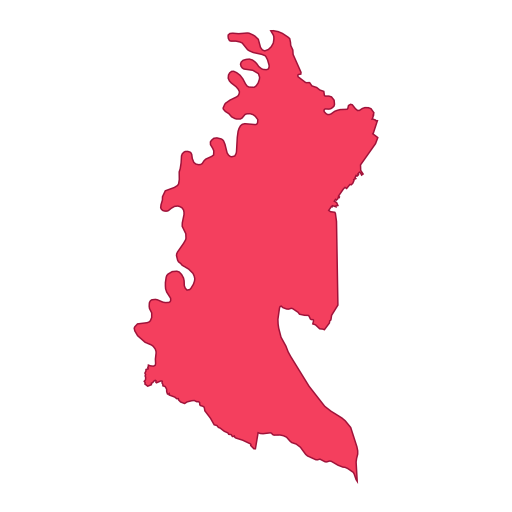 outline of Villa Rica, Valle del Cauca, Colombia
{"feature_id": "7082276B61573549340712", "entity_name": "Villa Rica", "entity_type": "district", "adm_level": 2, "iso_a3": "COL", "parent_name": "Colombia", "parent_adm1": "Valle del Cauca", "projection": "albers", "projection_center": [-76.465, 3.182], "detail": "fine", "context": "isolated", "style": "filled", "palette": "rose", "viewbox_px": 512, "rotation_deg": 0, "n_neighbors": 0, "source": "geoboundaries", "source_scale": "gbopen_adm2", "svg_char_len": 6029}
<svg xmlns="http://www.w3.org/2000/svg" viewBox="0 0 512 512"><path d="M360.5,164.9L375.5,143.7L377.8,137.6L372.8,133.8L373.4,132.9L377.4,120.7L375.6,120.6L375.4,120.0L372.7,119.0L372.2,119.1L373.6,115.1L373.2,115.0L373.9,112.8L371.0,108.7L368.4,107.7L364.9,107.6L362.3,108.5L359.5,110.4L357.6,110.5L355.4,108.7L352.3,104.8L350.6,104.3L348.5,105.5L347.8,108.5L347.0,109.3L340.1,109.6L337.4,110.3L334.7,111.3L331.1,113.9L329.5,114.5L327.8,114.6L326.2,113.8L324.2,111.7L324.0,110.3L324.4,109.5L325.3,108.9L328.9,109.1L330.8,108.7L332.6,107.5L334.0,106.1L334.5,104.3L334.1,100.2L331.5,96.9L328.9,96.1L325.2,96.1L324.4,95.4L323.8,91.4L319.8,90.0L316.7,87.5L311.9,85.9L309.6,82.6L306.2,82.7L305.3,82.3L298.0,76.7L297.8,75.2L298.5,74.5L300.8,74.1L301.0,72.3L293.1,54.5L292.8,50.0L290.7,45.4L290.5,42.4L289.7,38.6L288.0,37.1L282.4,33.4L278.1,31.6L273.4,30.7L270.8,30.8L273.2,34.8L273.8,36.5L273.9,39.1L273.3,43.1L271.3,46.7L268.4,49.5L264.7,50.9L262.3,49.9L260.5,47.4L258.3,39.3L254.9,36.1L252.9,34.9L249.1,33.2L247.3,33.0L238.6,33.7L232.7,33.2L229.9,33.5L228.2,35.0L228.1,36.2L228.3,38.3L229.5,40.6L230.9,41.1L235.8,41.1L240.0,42.0L242.2,43.0L247.6,49.7L249.3,50.8L253.2,52.5L261.9,54.4L265.1,55.7L265.9,56.6L267.5,59.7L269.1,65.2L269.1,67.1L268.5,68.6L267.8,69.3L266.2,69.7L263.0,69.4L261.4,68.7L258.7,66.5L256.6,63.5L254.9,61.8L252.4,60.0L249.4,59.1L246.2,59.4L243.1,60.3L241.2,62.1L240.5,64.2L241.1,66.4L242.3,68.0L243.9,69.0L252.8,70.3L258.4,73.6L259.6,77.2L259.4,79.3L258.1,83.1L256.2,85.8L254.2,87.3L249.0,87.1L247.1,86.1L245.5,83.9L242.8,78.8L240.1,75.3L236.7,72.7L233.7,71.3L231.6,71.4L229.7,72.9L228.5,75.0L228.2,78.2L229.4,80.9L231.2,82.9L236.1,86.7L238.2,89.2L239.4,91.6L239.3,93.2L238.3,95.6L236.6,96.9L230.0,100.1L225.7,103.1L224.8,104.2L223.1,108.1L223.4,109.2L225.3,111.4L228.9,113.7L231.6,116.8L234.8,118.5L236.5,119.0L240.4,119.0L242.1,118.0L245.0,114.5L246.8,113.8L250.2,113.7L253.2,114.7L255.4,116.4L257.8,119.6L257.6,122.8L256.6,124.3L255.4,124.6L244.8,123.7L242.3,124.3L240.5,125.8L239.0,128.5L238.1,131.3L237.3,137.2L236.5,151.5L236.2,153.3L234.8,156.0L231.6,156.8L230.1,156.4L228.5,155.1L227.1,152.9L225.0,144.4L223.6,141.0L222.5,139.7L221.1,138.9L216.9,137.9L213.8,138.3L211.6,140.2L210.4,141.9L210.5,144.7L212.7,148.3L213.8,150.9L213.6,155.0L211.7,156.4L205.8,159.1L204.1,160.7L202.2,163.6L200.7,164.5L198.7,164.7L195.9,164.1L193.8,162.4L192.3,158.6L191.7,154.4L190.8,152.7L190.0,152.1L187.7,151.4L185.2,151.5L183.9,152.2L182.3,153.8L181.5,155.9L181.1,162.9L180.2,168.8L179.2,171.9L179.3,179.6L178.6,183.9L177.5,185.5L174.3,187.5L165.3,190.8L162.5,196.7L162.4,200.1L161.0,204.8L160.7,207.8L161.5,209.4L163.0,210.6L165.0,211.1L167.0,211.1L168.4,210.6L171.2,208.3L174.5,206.4L177.8,206.0L180.1,206.7L182.0,207.8L183.5,209.9L184.0,212.1L184.0,214.6L182.3,222.9L182.2,226.3L185.8,233.7L186.0,238.3L185.6,239.8L183.6,243.3L177.6,251.9L176.7,253.8L176.5,255.6L177.6,260.1L178.5,261.8L180.7,263.5L182.1,265.2L188.7,269.1L193.0,273.4L194.2,276.1L194.8,278.7L194.5,281.1L193.4,284.3L190.9,288.4L189.7,289.6L187.0,290.1L185.2,288.1L184.3,285.7L184.1,280.8L183.5,278.0L181.6,274.5L179.2,272.0L176.8,271.2L172.2,271.6L168.0,274.1L166.8,275.5L166.2,277.2L165.4,282.5L165.4,286.2L165.6,288.8L166.7,292.1L170.6,298.2L170.7,300.3L170.3,301.5L169.1,302.4L165.5,302.6L163.0,302.2L157.4,299.8L155.4,299.4L151.8,299.8L150.5,300.7L149.5,302.4L149.3,303.7L149.2,306.4L149.5,308.5L151.7,312.9L151.7,317.5L150.4,320.7L149.2,321.9L147.2,322.7L137.5,323.9L134.8,326.8L134.2,328.2L134.8,330.9L137.6,335.7L145.1,342.3L151.5,345.0L153.2,346.3L155.2,348.9L156.0,351.3L156.1,353.0L155.4,359.1L155.6,363.7L155.2,365.3L153.4,366.2L150.2,365.8L148.4,365.1L148.2,367.0L147.8,367.3L148.2,368.8L146.0,369.5L145.9,371.1L144.9,373.1L145.6,374.6L145.1,376.0L145.6,377.0L145.6,379.2L145.2,380.3L144.2,381.3L145.2,382.7L144.9,384.0L147.7,386.2L151.4,384.7L151.4,383.2L152.6,382.7L153.8,381.2L155.2,380.3L156.0,380.7L155.9,382.3L156.5,382.8L160.7,381.0L161.9,381.0L162.3,381.5L162.0,382.9L162.9,384.4L162.9,385.8L165.1,386.5L166.6,389.1L166.7,391.7L167.5,394.0L168.3,394.1L169.2,393.6L169.2,395.0L174.8,397.1L176.7,398.7L178.3,398.6L178.6,399.9L180.6,402.0L184.6,403.5L187.1,401.9L191.8,400.7L194.3,400.5L196.7,401.7L198.6,401.7L199.6,402.6L199.8,404.7L200.3,405.5L202.7,406.2L204.2,407.2L204.9,410.9L210.4,418.1L214.2,424.8L216.9,425.5L218.4,427.4L220.0,428.0L224.3,431.3L227.9,432.9L228.7,434.3L231.2,434.6L232.3,436.4L232.9,436.6L234.3,436.0L234.9,437.4L235.8,438.0L242.7,440.2L250.3,443.8L250.9,444.4L250.7,445.5L253.9,448.8L255.4,448.8L258.1,432.7L260.3,433.5L263.1,433.7L270.4,432.8L271.6,433.3L272.6,434.5L274.0,435.1L280.1,435.0L283.4,435.7L286.6,437.2L290.0,441.1L291.6,442.5L296.3,444.1L300.4,447.2L305.7,454.4L307.6,456.0L315.8,459.7L317.5,459.8L319.9,459.1L325.1,461.8L326.7,461.9L329.6,461.0L331.3,461.3L338.0,465.2L342.9,467.1L345.0,467.3L347.7,468.5L353.2,472.3L354.1,473.8L356.1,479.6L357.2,481.3L356.1,462.0L356.6,458.4L357.7,454.1L357.7,450.8L356.9,446.8L350.7,427.5L345.3,420.9L341.9,418.0L330.8,411.1L324.7,406.3L309.0,386.2L290.6,356.4L288.1,351.8L285.9,346.1L281.0,337.2L278.7,328.2L278.1,324.1L277.9,319.3L279.5,308.0L280.1,306.5L281.2,306.1L282.9,307.6L286.6,309.0L288.7,309.1L291.2,308.3L292.6,308.6L298.1,312.3L299.5,314.2L304.6,315.3L308.2,315.4L308.9,315.9L310.4,319.0L311.3,319.6L312.9,319.6L313.4,319.9L313.5,321.0L312.8,323.9L315.5,324.8L319.7,328.8L322.8,329.1L324.4,329.7L329.4,323.0L329.7,320.9L330.8,320.0L331.0,319.2L331.6,315.3L337.9,305.1L336.5,221.5L335.4,213.4L334.8,212.3L330.5,211.7L328.7,210.4L331.5,206.4L332.1,206.8L332.6,205.7L335.9,206.8L335.7,206.0L337.9,205.5L336.6,202.6L334.3,201.2L335.5,199.4L336.4,200.1L337.7,198.9L338.4,197.3L339.2,197.6L339.4,197.0L338.6,196.7L338.9,196.2L338.6,195.9L343.6,188.7L345.0,187.4L346.6,188.5L349.9,184.5L351.2,184.8L352.7,183.4L354.0,180.5L353.7,179.5L355.8,178.6L355.0,177.7L356.1,175.4L357.0,176.1L358.0,175.3L358.5,174.6L357.8,174.0L359.4,172.2L360.6,173.1L361.6,175.1L363.1,174.0L360.7,170.4L360.5,164.9Z" fill="#f43f5e" stroke="#9f1239" stroke-width="1.5"/></svg>